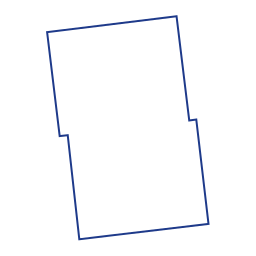 outline of Kidder, North Dakota, United States of America, rotated 353°
{"feature_id": "52423323B48688869895164", "entity_name": "Kidder", "entity_type": "district", "adm_level": 2, "iso_a3": "USA", "parent_name": "United States of America", "parent_adm1": "North Dakota", "projection": "mercator", "projection_center": [-99.858, 46.979], "detail": "fine", "context": "isolated", "style": "outline", "palette": "blue", "viewbox_px": 256, "rotation_deg": 353, "n_neighbors": 0, "source": "geoboundaries", "source_scale": "gbopen_adm2", "svg_char_len": 299}
<svg xmlns="http://www.w3.org/2000/svg" viewBox="0 0 256 256"><g transform="rotate(353 128 128)"><path d="M75.9,23.0L59.4,23.0L59.2,127.7L67.3,127.8L67.0,154.1L66.1,232.5L100.2,232.6L196.2,233.0L196.8,127.9L189.7,128.0L189.8,23.0L75.9,23.0Z" fill="none" stroke="#1e3a8a" stroke-width="2"/></g></svg>